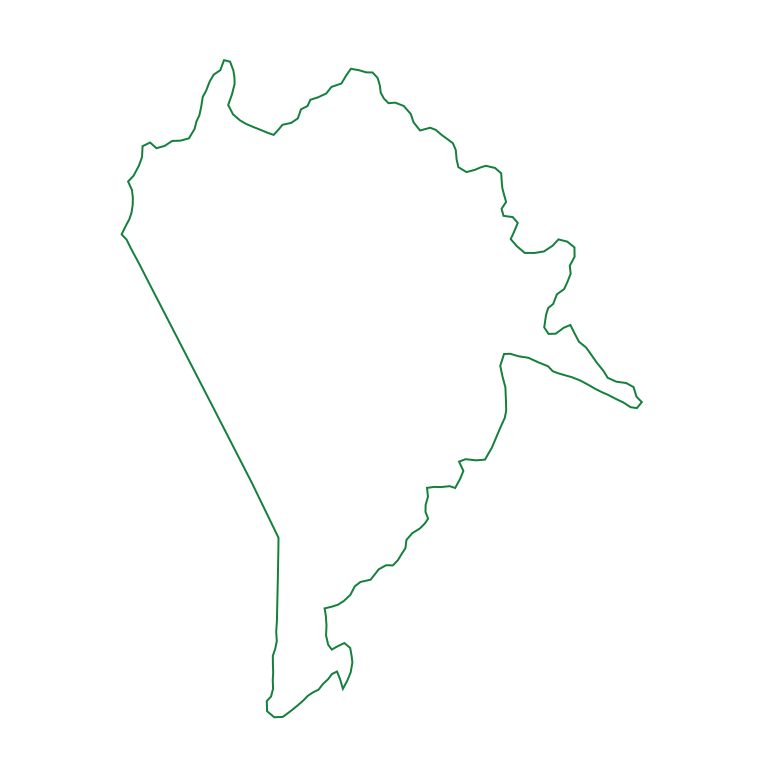 Anchieta, Espírito Santo, Brazil (Natural Earth projection), rotated 178°
{"feature_id": "56859067B41158755136707", "entity_name": "Anchieta", "entity_type": "district", "adm_level": 2, "iso_a3": "BRA", "parent_name": "Brazil", "parent_adm1": "Espírito Santo", "projection": "natural_earth1", "projection_center": [-40.708, -20.693], "detail": "fine", "context": "isolated", "style": "outline", "palette": "green", "viewbox_px": 768, "rotation_deg": 178, "n_neighbors": 0, "source": "geoboundaries", "source_scale": "gbopen_adm2", "svg_char_len": 2964}
<svg xmlns="http://www.w3.org/2000/svg" viewBox="0 0 768 768"><g transform="rotate(178 384 384)"><path d="M134.7,372.2L141.9,376.5L151.7,378.2L160.2,382.4L164.2,389.4L170.6,397.9L176.2,406.6L180.9,413.6L187.6,419.3L192.3,429.0L195.7,436.5L202.5,433.9L210.6,428.3L217.8,428.3L221.9,435.0L219.6,447.6L217.2,454.3L212.1,458.1L208.1,467.6L200.6,472.6L196.8,480.3L193.6,487.7L194.2,495.7L189.1,504.5L188.9,513.9L195.9,519.9L204.6,522.4L210.7,516.3L219.5,510.9L229.1,509.7L238.8,510.1L246.5,517.2L252.3,524.4L248.9,531.1L244.7,540.3L249.5,546.3L258.7,547.9L260.4,555.0L255.6,561.7L257.2,568.0L258.9,575.7L259.3,582.6L259.5,590.4L265.4,596.0L274.6,598.5L279.9,597.1L285.5,594.9L294.2,592.9L302.1,598.1L303.6,605.9L304.1,615.3L306.8,622.3L317.8,631.0L323.3,636.1L328.9,638.5L339.1,636.1L345.3,644.4L347.8,652.9L354.6,661.2L363.0,664.8L369.7,664.5L374.2,669.4L377.1,675.3L377.7,682.4L379.7,690.1L384.5,695.7L391.0,696.1L397.8,698.4L406.1,700.2L411.1,693.5L416.1,685.8L426.2,682.7L431.5,676.4L440.0,672.8L447.7,670.6L450.7,664.5L457.4,661.4L460.8,652.5L467.6,648.2L476.4,646.6L481.1,641.3L485.6,636.8L491.7,639.2L499.2,642.6L506.5,645.8L513.0,648.9L518.7,652.5L525.5,658.8L530.0,668.3L525.8,678.8L522.8,689.2L522.8,695.9L523.6,702.6L526.6,711.5L532.6,713.2L536.6,703.4L543.4,699.1L547.6,692.5L551.5,683.4L555.1,677.3L557.1,667.0L559.2,658.8L562.3,652.9L564.4,645.5L570.4,636.3L579.0,634.3L587.2,634.3L594.9,629.6L603.2,627.6L609.3,633.5L617.0,630.1L617.9,619.3L621.3,610.8L627.0,600.9L632.7,595.3L629.1,586.6L628.5,578.8L628.9,571.6L630.4,563.8L632.8,557.5L636.3,551.5L641.0,542.7L636.3,537.4L631.9,527.7L624.4,512.5L615.7,493.9L600.8,462.4L561.9,380.0L554.4,364.1L519.5,289.8L494.8,234.0L495.3,223.2L496.8,194.8L498.3,168.5L499.2,152.0L500.4,140.0L500.1,131.0L501.9,123.3L504.6,116.2L504.8,107.7L504.8,99.4L505.5,92.3L505.5,83.3L507.8,75.6L512.2,71.2L512.3,61.1L505.4,54.8L496.9,54.8L489.5,59.8L481.5,65.8L475.5,70.7L471.2,74.9L466.1,78.1L460.1,80.8L455.4,86.4L450.2,90.9L446.1,96.0L441.0,98.3L438.3,90.9L435.7,80.8L431.0,88.9L427.4,96.9L425.3,106.8L425.9,113.7L427.0,121.4L432.7,126.5L440.1,123.2L445.5,120.4L448.9,125.4L450.7,134.8L449.9,144.6L450.2,154.2L451.2,161.8L444.2,163.2L437.8,165.0L431.8,168.5L425.0,174.4L420.2,182.9L414.4,187.0L404.2,188.9L395.7,199.0L388.3,202.8L381.5,202.4L376.2,207.5L372.1,213.8L368.3,219.2L367.0,227.4L360.9,234.0L353.4,238.2L348.4,242.8L344.6,247.8L347.0,254.8L346.6,261.7L344.0,269.8L344.6,278.7L337.4,279.4L330.6,279.0L321.9,279.6L316.5,277.6L311.2,286.6L307.7,294.4L311.7,303.8L305.1,306.0L294.4,304.5L285.7,304.9L278.5,316.5L269.3,336.2L264.5,345.9L262.8,353.0L262.7,362.5L262.8,376.4L265.3,387.3L267.2,398.1L263.0,409.8L256.8,409.8L248.5,407.0L238.9,405.2L229.1,400.3L219.6,396.1L214.9,390.9L209.8,388.7L202.1,386.2L195.9,384.2L187.7,380.6L180.6,376.5L172.6,371.5L166.3,368.1L160.2,365.2L152.2,360.7L145.3,357.1L138.3,352.2L132.1,351.1L127.0,356.9L132.1,362.5L134.7,372.2Z" fill="none" stroke="#15803d" stroke-width="2"/></g></svg>